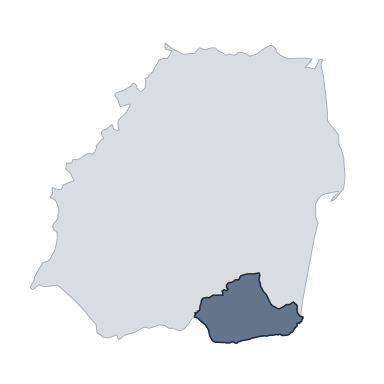 location of Podlachian within Poland, rotated 96°
{"feature_id": "POL-3150", "entity_name": "Podlachian", "entity_type": "Voivodeship", "adm_level": 1, "iso_a3": "POL", "parent_name": "Poland", "parent_adm1": "", "projection": "albers", "projection_center": [22.977, 53.341], "detail": "fine", "context": "in_parent", "style": "filled", "palette": "slate", "viewbox_px": 384, "rotation_deg": 96, "n_neighbors": 0, "source": "natural_earth", "source_scale": "10m", "svg_char_len": 6022}
<svg xmlns="http://www.w3.org/2000/svg" viewBox="0 0 384 384"><g transform="rotate(96 192 192)"><path d="M329.6,215.4L331.4,218.9L332.0,221.6L331.4,223.8L331.6,226.0L338.1,235.3L340.5,242.1L342.1,244.7L345.7,248.1L346.1,249.5L344.6,250.8L342.6,251.4L342.0,252.6L344.2,255.8L345.9,261.1L345.8,265.5L344.6,266.7L343.1,269.3L342.1,271.7L333.6,273.5L331.6,276.1L327.0,281.1L323.8,283.9L319.1,289.1L311.6,298.0L300.7,312.9L298.8,316.3L299.2,319.1L301.1,325.7L301.5,328.7L301.2,331.5L300.5,333.9L300.6,335.0L305.3,339.6L305.5,340.6L305.1,341.8L304.1,342.7L300.4,341.7L296.4,339.8L295.0,340.0L292.8,339.6L283.8,335.8L277.7,332.9L277.1,331.0L276.0,328.3L273.5,326.0L267.6,323.9L265.2,322.4L255.6,321.3L251.4,321.2L248.4,321.7L246.6,321.6L243.9,325.6L242.0,326.7L239.4,326.7L237.1,325.9L234.8,323.8L231.1,322.5L228.4,323.0L226.4,322.4L224.7,322.3L224.1,322.7L222.7,322.6L220.6,323.5L218.4,324.8L215.9,325.8L214.0,328.1L212.1,332.5L207.5,330.3L205.9,331.1L203.6,331.6L202.1,330.9L202.5,329.4L203.3,327.6L203.4,325.2L203.1,322.4L201.7,321.5L199.5,321.0L198.4,320.5L198.3,319.5L197.2,318.3L195.4,315.3L193.8,311.6L192.6,310.4L190.7,312.1L187.8,313.9L186.0,314.5L182.4,320.0L176.4,319.8L176.1,317.2L175.7,314.6L172.2,313.8L172.2,312.3L171.6,308.5L165.1,300.7L164.4,297.6L164.8,296.5L164.4,294.5L163.0,293.2L157.5,291.5L156.1,292.2L154.8,291.3L153.0,289.4L149.6,287.7L149.2,287.0L148.1,285.6L147.4,285.4L146.9,286.2L145.8,287.2L142.1,288.3L140.8,287.6L139.5,286.3L138.3,283.7L136.3,281.3L134.6,280.4L133.7,279.1L133.5,278.2L137.5,276.6L138.5,274.8L138.3,271.3L137.7,270.8L136.1,271.9L132.8,272.7L129.7,272.9L128.2,272.8L120.1,265.8L114.7,263.5L111.5,262.6L111.1,263.2L112.3,266.9L114.5,271.4L114.3,272.6L109.2,274.7L107.0,276.0L105.1,278.0L103.5,278.8L102.3,278.4L101.0,277.3L98.0,270.6L94.0,265.2L93.6,264.1L92.2,263.7L90.3,262.4L89.8,260.8L90.9,259.4L92.4,258.0L94.9,257.4L95.7,256.6L96.3,255.4L97.3,253.9L97.1,253.3L95.6,251.3L93.2,249.3L86.2,249.9L84.2,250.7L83.2,249.4L82.6,247.5L80.8,247.0L78.6,245.1L75.9,243.3L73.2,242.5L67.6,239.7L65.4,239.3L64.2,238.4L63.1,236.5L62.1,234.5L61.9,230.6L57.9,228.4L53.8,226.8L53.4,227.4L53.2,231.2L52.7,233.3L49.8,234.2L47.0,234.0L47.2,233.4L51.3,226.8L53.3,222.6L55.9,214.8L54.6,208.3L54.3,205.3L53.6,203.8L48.2,200.1L47.9,198.9L49.3,194.9L49.0,193.1L47.9,191.1L46.5,187.2L46.2,184.0L48.9,180.6L51.2,174.4L52.4,171.9L51.0,170.3L50.9,168.2L51.6,165.4L51.1,163.1L49.3,161.5L48.2,159.5L47.9,157.1L48.8,153.5L50.9,148.8L48.3,142.5L41.2,134.6L37.9,129.2L38.6,126.5L40.6,124.2L43.9,122.3L46.7,118.6L48.5,114.0L49.2,109.8L47.3,95.5L47.2,92.0L47.2,86.6L53.7,90.4L56.4,92.4L56.3,90.5L55.9,88.8L56.5,86.5L56.8,83.0L50.8,80.4L46.7,79.3L46.6,76.8L47.2,75.3L48.2,76.3L52.2,77.2L62.6,73.6L80.3,69.4L99.1,65.5L103.4,65.3L107.8,64.4L109.5,62.4L111.2,61.1L114.1,57.5L120.0,52.1L129.8,50.8L133.6,48.2L141.5,44.9L158.8,41.8L166.0,41.3L173.0,41.7L179.0,45.5L185.3,50.3L186.4,52.9L182.9,51.1L177.9,46.9L176.0,46.6L179.7,58.7L181.9,63.0L186.7,66.4L190.8,67.7L203.6,66.5L208.3,64.3L209.7,63.1L210.8,63.7L227.5,65.8L285.6,70.4L302.4,71.0L303.4,70.7L305.1,68.7L307.2,68.9L309.7,70.2L310.8,71.1L311.3,72.1L311.6,73.3L313.0,73.6L315.4,74.5L318.8,76.6L321.4,78.6L323.9,81.5L324.8,84.8L324.8,88.5L324.7,90.9L328.5,109.2L334.4,125.9L336.7,134.0L337.6,138.3L338.4,144.5L338.6,148.9L338.6,151.4L338.2,154.8L336.5,156.8L325.3,162.7L323.1,164.5L319.8,169.0L316.7,173.6L316.0,175.2L315.8,176.3L316.5,177.8L320.6,180.2L324.7,182.2L326.1,183.7L329.1,185.6L330.2,187.2L330.9,188.7L330.9,192.2L329.5,196.9L330.1,200.5L328.8,202.9L327.6,205.6L327.5,210.3L329.6,215.4Z" fill="#d9dde1" stroke="#a8b0b8" stroke-width="1"/><path d="M305.5,68.4L306.2,68.5L307.9,69.4L308.3,69.5L308.9,69.3L309.2,69.4L309.6,69.7L309.7,70.1L309.9,70.5L310.0,70.8L310.4,71.1L311.4,71.2L311.6,71.5L311.5,72.0L311.3,72.5L311.3,73.1L311.8,73.8L312.5,73.8L313.2,73.5L313.8,73.4L314.4,73.6L316.2,75.2L317.4,75.9L319.8,76.8L320.4,77.3L320.9,77.8L321.2,78.2L321.8,79.2L322.0,79.6L322.3,79.8L323.0,80.0L323.3,80.2L323.8,80.9L324.2,81.9L324.5,83.1L324.8,84.2L325.2,86.5L325.2,87.7L324.8,88.5L324.4,88.8L324.3,89.0L324.1,89.2L324.1,89.8L324.2,90.2L324.5,90.6L324.8,90.8L325.0,91.1L325.1,91.3L325.1,91.6L324.9,91.9L325.0,93.4L325.3,94.6L325.7,95.8L326.0,97.1L326.3,99.8L326.7,100.9L327.4,101.9L327.5,105.1L328.2,108.6L330.9,116.5L332.4,119.5L333.0,121.1L334.3,125.9L334.8,127.4L335.4,128.1L335.7,128.8L335.9,129.6L336.3,130.3L336.8,130.9L337.4,131.3L337.7,131.9L337.7,133.2L337.4,133.9L337.0,134.5L336.7,135.2L336.7,136.2L337.0,137.1L337.9,138.3L338.3,139.0L338.3,139.4L338.3,140.0L338.3,140.4L338.6,141.8L338.6,142.2L338.5,142.5L338.2,143.2L338.1,143.6L338.1,144.2L338.2,144.5L338.4,144.7L338.4,145.1L338.8,151.3L338.9,152.8L338.5,155.0L337.3,156.5L333.2,159.4L328.0,160.9L325.3,162.6L322.6,164.9L318.8,170.7L317.6,172.3L317.0,173.2L315.6,176.1L315.9,176.3L315.6,176.5L315.1,176.5L314.1,175.9L313.5,175.8L313.1,176.0L312.6,176.3L312.1,176.5L311.6,176.1L311.7,175.9L311.9,175.4L312.0,175.1L311.1,174.0L310.6,173.7L309.9,174.1L309.6,172.9L308.9,172.2L308.0,171.9L305.5,172.2L300.7,171.2L299.1,171.3L298.3,171.1L297.9,170.5L297.4,170.7L296.8,170.2L296.2,169.5L296.0,168.9L296.2,167.3L296.2,167.0L295.7,166.9L295.5,166.7L295.3,166.3L295.2,165.6L295.2,165.2L295.4,164.8L295.5,164.3L295.4,163.8L295.2,163.5L294.5,163.0L293.9,162.0L292.2,160.2L292.3,159.1L292.2,157.2L291.8,155.4L291.6,152.7L291.2,150.3L289.4,150.8L287.6,151.7L286.7,151.0L285.9,149.9L286.4,147.1L285.0,145.9L283.4,147.6L281.1,147.9L278.9,146.7L278.1,145.2L277.7,143.3L277.3,142.1L276.5,141.3L275.4,140.6L274.6,139.2L274.5,137.9L275.0,137.0L273.6,135.9L271.9,135.6L270.3,134.7L269.2,132.5L267.6,128.1L267.0,122.3L266.5,120.3L265.9,118.6L265.5,116.8L267.7,115.9L272.1,116.2L274.0,115.6L274.9,114.9L275.8,114.5L278.1,114.2L283.4,110.6L286.4,107.3L294.8,102.2L296.6,100.4L297.6,97.4L298.9,95.1L299.0,92.7L295.8,88.2L294.3,86.7L294.0,85.3L293.9,83.7L290.9,79.7L293.7,75.7L300.4,74.8L302.4,73.5L304.1,71.7L304.8,69.2L304.7,68.8L304.8,68.8L305.5,68.4Z" fill="#64748b" stroke="#1e293b" stroke-width="1.5"/></g></svg>